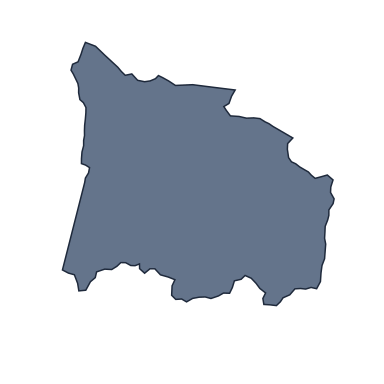 Ibicaraí, Bahia, Brazil, rotated 13°
{"feature_id": "56859067B48342412707100", "entity_name": "Ibicaraí", "entity_type": "district", "adm_level": 2, "iso_a3": "BRA", "parent_name": "Brazil", "parent_adm1": "Bahia", "projection": "mercator", "projection_center": [-39.566, -14.85], "detail": "fine", "context": "isolated", "style": "filled", "palette": "slate", "viewbox_px": 384, "rotation_deg": 13, "n_neighbors": 0, "source": "geoboundaries", "source_scale": "gbopen_adm2", "svg_char_len": 1837}
<svg xmlns="http://www.w3.org/2000/svg" viewBox="0 0 384 384"><g transform="rotate(13 192 192)"><path d="M54.5,70.2L53.4,76.6L52.9,82.7L51.7,90.8L46.9,94.4L46.7,100.5L49.8,103.7L56.4,111.9L58.2,116.2L59.2,120.8L62.0,127.2L66.1,129.4L69.7,133.6L70.8,138.8L71.7,145.1L72.4,151.2L73.4,156.4L74.6,161.3L74.8,166.1L76.0,171.3L75.8,177.7L76.8,184.3L77.9,189.2L82.2,189.7L86.7,191.3L86.9,196.7L85.0,202.4L85.3,206.9L83.3,297.1L89.8,298.8L96.0,299.1L101.1,306.7L104.0,313.8L110.6,311.6L113.2,302.3L117.0,297.2L117.0,291.3L124.3,286.8L131.2,285.6L135.6,281.2L138.5,276.8L143.3,275.8L148.9,277.4L153.1,276.6L157.0,273.9L158.2,278.5L164.1,281.8L168.3,276.3L173.1,275.2L179.9,279.8L188.0,280.2L195.1,281.3L193.7,287.9L195.4,297.2L200.3,300.3L206.0,298.6L211.4,300.3L216.6,295.5L222.6,292.9L228.5,291.3L234.4,291.5L241.2,287.3L245.4,283.4L251.4,282.2L252.8,276.1L253.3,269.0L259.5,266.0L262.5,261.4L269.1,262.7L275.0,266.6L279.8,270.7L286.4,273.8L285.0,279.8L287.3,285.4L293.3,284.4L299.8,283.7L302.8,279.1L304.5,274.6L310.4,270.2L314.1,263.2L319.5,261.6L324.6,261.0L329.5,258.2L335.2,258.2L337.3,250.4L335.9,241.8L335.2,234.4L336.2,227.2L335.2,220.7L334.0,212.7L331.6,207.3L330.5,200.9L329.5,195.5L330.5,188.7L330.6,184.0L329.4,178.6L332.1,171.6L332.0,166.7L327.1,161.3L326.1,155.9L326.7,148.5L320.0,145.0L314.6,148.0L308.9,151.0L304.5,148.8L300.9,146.3L296.6,145.0L291.2,143.3L286.8,141.2L282.1,140.2L278.4,136.8L275.3,128.9L274.3,123.3L278.1,116.7L256.1,109.9L251.6,108.1L247.4,107.2L241.7,105.2L235.5,105.9L228.5,107.8L220.9,107.8L212.3,109.2L207.2,104.9L203.8,101.6L208.1,97.4L209.0,89.7L211.1,82.9L190.1,85.1L168.5,87.3L151.9,91.9L144.4,89.1L137.8,87.2L133.1,86.1L130.9,89.8L126.2,93.2L121.0,95.2L113.9,95.4L106.8,90.5L100.7,93.3L96.1,90.5L91.6,87.1L76.2,78.3L65.2,71.7L54.5,70.2Z" fill="#64748b" stroke="#1e293b" stroke-width="1.5"/></g></svg>